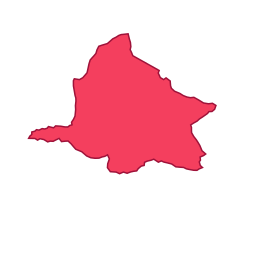 outline of Almirante Tamandaré, Paraná, Brazil, rotated 317°
{"feature_id": "56859067B17668473483044", "entity_name": "Almirante Tamandaré", "entity_type": "district", "adm_level": 2, "iso_a3": "BRA", "parent_name": "Brazil", "parent_adm1": "Paraná", "projection": "equal_earth", "projection_center": [-49.335, -25.305], "detail": "fine", "context": "isolated", "style": "filled", "palette": "rose", "viewbox_px": 256, "rotation_deg": 317, "n_neighbors": 0, "source": "geoboundaries", "source_scale": "gbopen_adm2", "svg_char_len": 1919}
<svg xmlns="http://www.w3.org/2000/svg" viewBox="0 0 256 256"><g transform="rotate(317 128 128)"><path d="M192.3,59.2L189.2,56.9L186.7,55.0L184.3,54.0L181.4,53.5L177.7,52.4L170.5,52.2L165.5,49.7L162.4,48.3L158.6,49.7L155.4,51.6L152.2,52.0L149.4,52.2L146.7,52.5L143.2,54.5L138.5,57.8L135.7,59.7L129.3,60.4L125.5,59.5L122.3,55.4L120.3,56.2L116.8,60.0L113.8,64.6L111.5,68.1L110.3,70.5L108.3,72.8L104.8,75.8L102.3,78.8L99.6,81.2L97.3,83.2L94.0,84.5L90.6,85.3L89.2,87.5L87.1,86.4L84.7,86.2L82.6,84.2L80.1,80.9L76.5,77.1L73.7,77.1L70.8,72.7L68.7,73.0L66.4,71.9L64.8,69.9L61.5,68.9L59.9,66.8L57.7,66.8L54.9,65.3L53.2,67.1L50.7,67.0L48.3,67.8L52.8,72.2L53.6,75.2L56.3,75.8L58.6,79.1L59.8,83.4L62.2,84.6L64.2,86.7L66.7,87.4L70.5,88.6L70.1,92.6L73.2,94.9L75.3,96.7L75.6,100.7L75.4,104.5L75.3,107.9L78.0,113.8L78.7,120.2L80.5,124.4L83.3,127.7L86.3,130.3L89.3,131.5L91.7,132.9L94.7,133.7L93.3,137.9L90.9,139.2L88.8,140.3L85.9,143.0L85.3,147.9L89.3,152.2L90.7,155.7L94.6,157.1L96.5,160.5L99.9,161.9L102.6,163.5L105.1,165.3L107.8,164.7L111.7,164.9L114.3,166.4L116.7,164.4L119.4,165.3L122.9,167.3L125.6,168.4L126.9,173.7L129.9,174.8L131.0,177.4L133.1,180.5L135.4,184.1L136.5,189.0L139.0,191.8L141.8,194.8L142.8,197.6L144.6,200.2L147.3,203.8L149.6,206.0L152.1,206.4L155.5,207.7L155.3,204.7L157.0,201.4L159.1,200.9L160.9,198.4L164.5,199.7L167.1,200.0L166.6,195.1L168.6,189.8L169.4,186.1L169.9,183.3L170.3,179.0L171.3,174.8L172.9,172.9L174.8,170.9L175.9,168.5L179.3,169.1L183.3,170.1L186.4,170.1L189.7,170.7L193.1,171.2L196.1,171.6L198.3,171.2L200.7,173.2L204.1,173.4L207.7,171.5L206.6,167.5L203.4,165.2L200.3,161.2L198.7,155.4L197.1,150.5L194.3,148.4L192.2,145.5L190.5,141.9L189.5,138.1L187.1,132.8L186.8,128.6L187.9,126.2L190.9,122.4L190.0,117.3L187.1,116.9L186.0,113.2L187.6,108.4L190.0,107.2L180.8,78.4L182.1,75.1L183.0,72.2L185.5,70.5L188.1,67.1L189.7,63.8L192.3,59.2Z" fill="#f43f5e" stroke="#9f1239" stroke-width="1.5"/></g></svg>